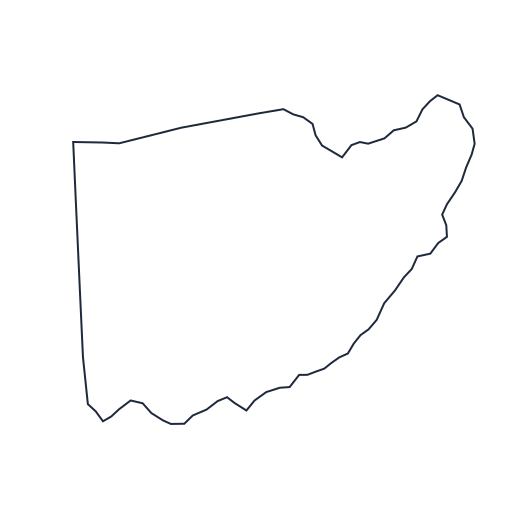 Atalanta, Santa Catarina, Brazil, rotated 189°
{"feature_id": "56859067B17300048958719", "entity_name": "Atalanta", "entity_type": "district", "adm_level": 2, "iso_a3": "BRA", "parent_name": "Brazil", "parent_adm1": "Santa Catarina", "projection": "equal_earth", "projection_center": [-49.763, -27.436], "detail": "fine", "context": "isolated", "style": "outline", "palette": "slate", "viewbox_px": 512, "rotation_deg": 189, "n_neighbors": 0, "source": "geoboundaries", "source_scale": "gbopen_adm2", "svg_char_len": 1073}
<svg xmlns="http://www.w3.org/2000/svg" viewBox="0 0 512 512"><g transform="rotate(189 256 256)"><path d="M208.0,375.4L216.0,384.5L220.8,395.3L231.2,400.5L241.3,401.7L251.9,405.3L275.1,397.5L349.7,371.1L408.8,345.9L425.2,344.1L454.4,340.0L443.2,285.2L426.4,203.4L411.1,129.1L398.9,83.4L390.0,77.5L381.3,68.8L373.8,74.9L367.3,83.2L357.2,93.7L344.9,92.8L334.8,84.5L322.2,79.1L313.8,76.8L300.6,79.1L293.5,88.6L280.8,96.6L271.2,106.7L262.5,112.0L254.1,107.4L241.3,101.9L234.8,113.1L224.6,123.2L211.9,129.6L202.3,131.8L194.8,145.3L186.6,146.7L178.6,151.3L171.0,155.4L164.5,162.5L157.9,168.9L150.0,174.1L145.7,184.9L140.4,194.2L133.4,201.1L126.8,211.8L122.0,229.4L113.3,243.8L106.6,258.0L100.1,267.6L96.5,280.8L84.2,285.6L78.1,297.3L70.4,304.8L72.9,316.2L78.6,326.0L75.5,337.0L69.4,350.0L64.6,362.4L62.3,376.3L58.9,389.8L57.6,401.0L62.0,415.6L72.4,425.6L78.6,437.5L92.3,440.9L101.8,443.2L108.3,436.2L114.5,427.0L118.6,414.0L128.2,406.2L139.6,401.7L147.5,392.3L162.8,384.5L171.2,384.8L179.1,380.4L186.4,366.9L208.0,375.4Z" fill="none" stroke="#1e293b" stroke-width="2"/></g></svg>